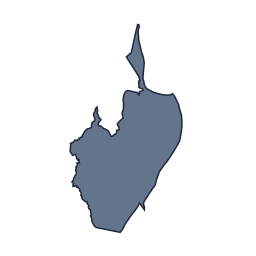 the district of Careiro da Várzea, Amazonas, Brazil, rotated 102°
{"feature_id": "56859067B24490966287656", "entity_name": "Careiro da Várzea", "entity_type": "district", "adm_level": 2, "iso_a3": "BRA", "parent_name": "Brazil", "parent_adm1": "Amazonas", "projection": "mercator", "projection_center": [-59.635, -3.304], "detail": "fine", "context": "isolated", "style": "filled", "palette": "slate", "viewbox_px": 256, "rotation_deg": 102, "n_neighbors": 0, "source": "geoboundaries", "source_scale": "gbopen_adm2", "svg_char_len": 4363}
<svg xmlns="http://www.w3.org/2000/svg" viewBox="0 0 256 256"><g transform="rotate(102 128 128)"><path d="M231.7,113.9L230.9,113.5L229.1,112.7L225.7,111.6L222.7,110.8L222.0,110.5L220.7,110.1L215.3,107.8L209.9,105.4L207.1,103.9L202.9,102.2L199.1,101.0L204.6,95.0L201.7,95.5L200.2,96.7L197.6,97.2L195.2,96.5L192.9,95.5L187.3,93.5L184.7,92.3L182.4,91.5L180.4,90.5L178.2,89.6L175.5,89.4L174.6,89.4L172.5,89.3L170.3,89.1L169.2,88.9L167.4,88.7L163.9,88.1L163.1,87.7L160.5,86.7L159.2,86.2L155.7,84.6L152.0,82.6L146.2,80.3L142.0,78.7L141.2,78.4L138.1,77.4L133.7,75.9L130.2,74.9L126.7,74.9L123.0,75.0L120.0,75.2L115.0,75.6L111.4,76.4L108.9,76.9L107.8,77.3L106.0,77.9L104.1,78.6L102.0,79.6L100.5,80.5L98.7,81.4L95.4,83.0L93.5,84.2L92.0,85.3L90.0,86.9L87.9,88.5L87.2,89.1L85.1,91.6L86.4,92.9L87.6,95.8L88.2,100.3L88.2,102.0L88.1,105.3L88.1,106.9L87.6,111.1L86.6,114.6L85.8,117.3L84.4,119.4L82.5,120.9L78.8,122.4L76.9,123.6L74.8,124.0L65.5,125.1L64.3,125.2L63.1,125.4L60.9,125.7L58.0,126.7L55.1,128.0L53.4,129.0L51.0,130.5L45.5,133.1L41.8,134.8L39.1,136.0L34.2,137.4L33.0,137.8L31.7,138.1L30.4,138.3L28.6,138.2L27.6,138.2L26.3,138.1L25.6,138.2L24.9,138.7L24.8,139.8L24.1,140.1L34.9,140.4L53.5,140.4L56.2,142.4L58.8,144.4L60.1,143.2L70.8,132.6L75.5,128.0L76.6,127.6L77.4,127.1L78.2,126.5L78.8,126.2L79.3,126.9L80.0,127.2L80.9,127.1L81.6,126.4L82.5,126.8L83.1,126.7L83.9,126.3L84.6,125.8L85.7,126.0L86.2,125.5L86.5,124.3L86.5,123.4L86.6,122.5L87.2,121.7L87.8,121.1L88.3,121.7L88.8,122.1L89.3,122.7L89.6,123.5L89.9,124.2L90.6,124.4L91.7,124.1L92.5,124.0L93.4,124.3L92.3,125.5L91.5,126.2L91.3,126.9L91.5,129.9L91.3,131.6L91.4,132.9L91.4,135.3L91.6,136.6L93.0,137.9L95.1,138.7L99.3,138.9L102.3,138.5L103.8,137.7L108.8,136.7L111.2,136.5L111.8,136.6L114.4,137.0L116.0,136.3L119.0,134.9L121.0,136.1L122.7,137.4L124.1,138.2L125.9,139.3L127.6,138.7L128.7,137.0L131.8,136.5L132.6,138.6L134.3,138.3L136.4,138.6L137.4,140.3L139.0,141.2L139.7,142.9L138.0,144.3L136.1,145.7L134.7,147.0L134.0,149.1L133.7,151.0L132.9,152.9L131.7,154.9L132.0,156.6L130.8,157.9L128.7,157.8L127.2,157.0L125.6,156.1L124.4,157.6L123.3,159.1L121.5,159.9L119.8,161.5L117.5,161.3L115.8,161.8L114.6,162.4L113.9,162.7L116.4,164.0L118.3,163.6L120.2,164.4L121.9,164.5L123.6,163.8L124.2,163.3L125.0,162.9L126.0,162.3L127.0,162.0L127.9,162.1L128.5,162.6L129.1,163.4L129.8,164.0L130.4,164.3L131.3,164.3L132.4,164.4L133.4,164.0L134.3,164.0L135.1,164.1L135.7,164.7L136.1,165.4L136.5,165.9L136.9,166.7L137.3,167.5L137.9,168.2L138.6,168.6L139.4,169.0L140.0,169.2L140.3,169.8L141.0,169.9L141.6,170.0L142.3,170.1L142.9,170.4L143.8,170.6L144.6,171.2L145.6,170.9L146.3,171.0L146.5,171.7L147.0,172.4L147.6,172.7L148.0,173.7L148.9,173.4L149.3,174.1L150.3,175.0L150.8,175.8L150.7,176.6L151.1,177.7L152.1,177.8L153.1,178.5L153.6,179.2L154.4,180.1L154.7,180.6L155.1,181.1L155.8,180.7L156.6,180.7L157.3,180.4L158.5,180.2L159.6,180.3L160.5,180.1L161.3,180.0L162.2,179.8L163.0,179.7L163.6,179.2L164.2,178.5L165.0,178.0L165.3,177.3L166.2,176.7L166.2,175.9L165.4,175.3L164.8,174.5L165.2,173.7L165.8,173.2L166.5,172.9L167.0,172.5L167.9,172.0L168.8,171.6L168.7,170.6L169.4,170.8L170.0,170.3L169.5,169.4L170.3,169.0L171.0,168.8L171.7,168.9L172.3,168.3L172.5,169.4L172.7,170.6L173.7,170.1L174.4,170.0L175.4,170.0L176.5,170.1L177.0,170.9L177.7,170.5L178.3,170.2L179.4,170.5L180.4,170.3L181.3,169.8L182.3,169.2L183.2,169.1L184.2,169.1L185.2,169.6L186.1,170.0L186.9,170.2L188.1,170.6L188.8,170.6L189.5,170.5L190.4,170.7L191.9,171.4L192.8,171.5L193.1,170.7L193.3,170.0L193.8,169.6L194.5,169.7L195.3,170.0L196.4,169.8L196.6,169.1L196.1,168.3L195.8,167.7L195.3,166.6L195.7,165.9L196.5,165.8L196.3,164.9L196.9,164.3L197.4,163.4L197.7,162.5L198.5,162.3L199.2,162.2L199.9,161.8L200.5,160.9L201.3,160.3L202.2,160.2L202.9,160.1L204.0,160.0L204.2,159.4L204.7,158.7L205.7,158.6L206.8,158.1L207.4,157.6L207.7,156.9L208.0,156.0L208.3,155.3L208.9,154.7L208.8,153.4L208.7,152.6L209.1,152.0L210.3,152.4L210.9,151.9L211.3,151.2L211.7,150.6L212.2,150.1L213.2,150.4L214.7,149.8L215.2,149.3L215.6,148.3L216.1,147.7L217.1,147.4L217.9,147.1L218.7,146.7L219.6,146.0L220.2,146.1L221.0,146.4L221.7,146.3L222.5,146.0L223.0,145.3L223.8,144.9L224.5,144.4L225.4,144.3L226.1,144.2L227.1,143.6L227.7,143.2L228.4,142.7L229.2,141.9L230.1,141.1L230.8,140.5L231.2,139.9L231.6,139.1L231.9,137.8L231.8,125.6L231.7,113.9Z" fill="#64748b" stroke="#1e293b" stroke-width="1.5"/></g></svg>